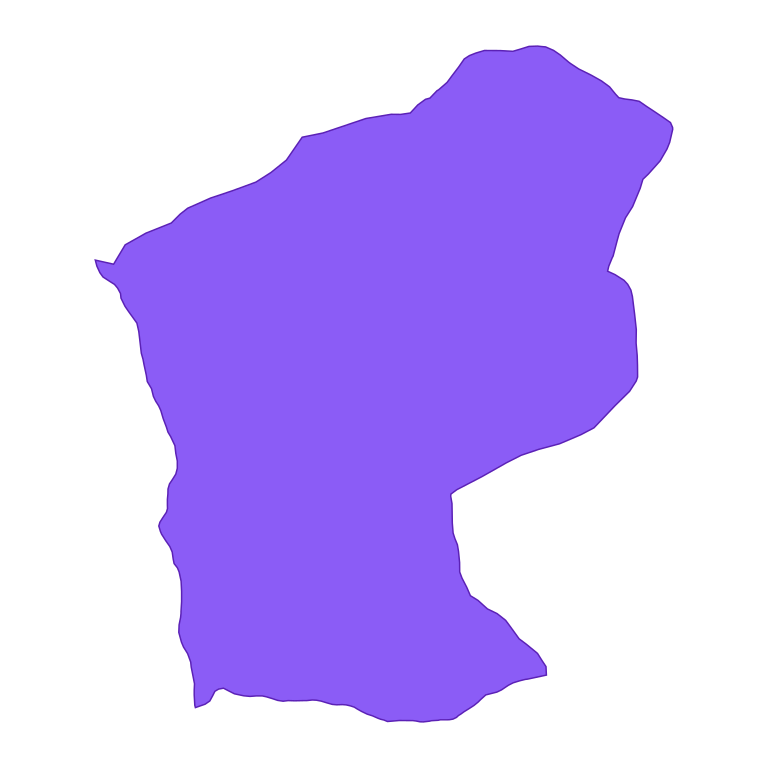 outline of Tsakaling, Mongar, Bhutan
{"feature_id": "84629894B59294085379826", "entity_name": "Tsakaling", "entity_type": "district", "adm_level": 2, "iso_a3": "BTN", "parent_name": "Bhutan", "parent_adm1": "Mongar", "projection": "mercator", "projection_center": [91.245, 27.379], "detail": "fine", "context": "isolated", "style": "filled", "palette": "violet", "viewbox_px": 768, "rotation_deg": 0, "n_neighbors": 0, "source": "geoboundaries", "source_scale": "gbopen_adm2", "svg_char_len": 3183}
<svg xmlns="http://www.w3.org/2000/svg" viewBox="0 0 768 768"><path d="M546.4,675.1L546.0,666.6L542.1,660.7L537.5,653.4L526.3,644.2L519.1,638.8L513.2,630.6L508.6,624.3L505.6,620.3L497.1,613.6L487.4,608.9L478.0,600.4L470.4,595.7L466.7,587.2L462.0,578.1L459.7,572.0L459.6,562.5L458.5,551.3L457.4,544.7L454.9,538.6L453.1,533.0L452.3,523.0L452.0,503.6L450.7,496.2L450.9,494.1L456.8,489.7L482.0,476.6L506.2,462.9L521.1,455.3L538.6,449.4L559.5,443.8L580.9,434.7L594.0,427.8L615.1,405.6L629.6,391.3L636.2,381.1L637.6,377.0L637.5,365.3L637.2,355.5L636.1,343.1L636.3,329.6L634.6,314.0L632.4,296.4L630.9,290.1L627.7,284.3L624.0,280.3L615.0,274.6L607.6,271.2L608.8,266.1L612.2,257.8L613.1,256.1L617.2,240.5L619.1,233.6L625.5,217.8L632.6,206.6L640.2,188.3L642.9,179.3L648.4,174.0L660.1,160.9L667.0,149.0L669.7,142.3L672.7,129.4L672.6,127.5L670.5,122.6L664.1,118.1L654.9,111.9L647.0,106.7L639.2,101.3L632.0,99.9L624.8,99.0L618.8,97.7L615.4,94.0L609.6,86.9L601.6,81.0L591.5,75.3L578.8,69.0L570.5,63.5L568.6,62.1L560.3,55.0L553.6,50.4L545.6,46.9L541.2,46.5L537.6,46.1L529.0,46.4L520.4,49.1L512.9,51.3L500.2,50.6L484.4,50.5L475.7,53.1L469.4,55.6L464.3,58.9L458.6,67.1L451.6,76.3L447.1,82.4L438.6,89.8L437.0,90.7L429.9,98.1L425.5,99.3L417.8,104.9L410.3,113.0L400.7,114.4L391.1,114.3L365.9,118.5L322.9,133.0L302.2,137.2L286.4,160.1L270.8,172.6L255.9,182.1L232.2,190.8L210.7,198.0L187.7,208.2L180.2,214.1L171.3,223.0L146.0,233.1L125.2,244.8L113.6,264.2L95.3,260.1L96.9,266.2L99.9,272.7L103.0,277.0L110.4,281.8L114.5,284.4L117.6,288.1L120.5,293.5L121.0,298.2L125.0,306.3L128.7,311.7L136.9,323.1L138.8,331.6L140.2,343.5L141.3,353.2L143.0,359.2L144.0,364.5L146.3,375.2L147.3,381.6L151.5,388.7L153.4,396.4L155.7,401.2L158.7,405.9L160.8,410.5L163.2,418.6L166.4,427.1L168.0,432.2L170.6,436.5L174.9,445.6L175.8,453.4L177.3,461.0L177.3,468.3L175.8,474.1L172.7,479.1L169.5,483.9L168.0,489.0L167.9,493.9L167.4,499.4L167.4,505.0L167.5,508.6L166.4,512.3L162.9,517.5L159.9,522.2L158.8,526.0L160.4,531.4L161.6,534.2L165.8,540.8L169.8,546.5L172.2,552.0L173.2,559.1L174.1,563.6L177.4,567.8L179.1,571.9L181.1,581.2L181.6,591.3L181.6,601.8L181.0,611.6L181.0,613.4L180.6,617.4L179.1,624.8L178.8,632.4L181.4,642.0L183.5,647.0L187.6,653.6L189.0,657.4L190.7,662.1L191.2,667.0L193.1,676.6L194.5,683.8L194.2,690.1L194.2,694.9L194.8,705.3L195.4,707.6L205.1,704.2L209.8,701.0L212.7,695.7L214.9,691.3L218.6,689.1L223.5,688.2L228.1,690.6L234.4,693.8L243.7,695.8L250.0,696.4L256.6,695.9L262.2,695.9L266.4,696.8L272.6,698.7L277.7,700.4L283.1,701.2L288.1,700.6L294.7,700.8L303.8,700.6L306.6,700.6L312.3,700.0L316.4,700.2L321.1,701.1L327.0,702.9L332.3,704.4L336.6,704.8L342.3,704.6L346.2,704.9L350.5,705.9L354.4,707.2L356.9,708.8L361.5,711.4L367.1,714.1L372.4,715.8L378.1,718.3L380.8,719.3L383.8,720.0L387.5,721.5L399.3,720.5L412.9,720.6L416.0,721.0L420.0,721.8L423.3,721.9L429.4,721.2L431.4,720.7L438.1,720.3L440.3,719.8L447.2,719.8L449.5,719.7L453.0,719.1L456.5,717.4L458.5,715.5L460.8,714.1L464.1,711.7L469.1,708.6L473.9,705.5L478.1,702.1L480.6,699.6L485.8,694.9L487.8,694.4L496.9,692.1L501.5,689.9L508.3,685.3L513.2,682.8L519.7,680.8L525.3,679.4L527.7,679.1L546.4,675.1Z" fill="#8b5cf6" stroke="#5b21b6" stroke-width="1.5"/></svg>